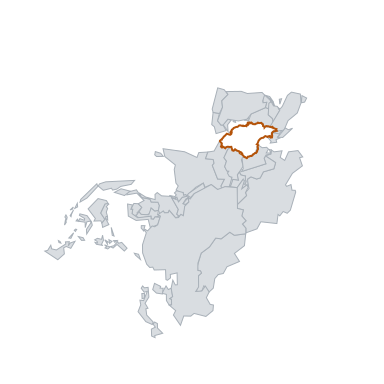 Iran highlighted on a map of Asia, rotated 124°
{"feature_id": "IRN", "entity_name": "Iran", "entity_type": "country or territory", "adm_level": 0, "iso_a3": "IRN", "parent_name": "Asia", "parent_adm1": "", "projection": "mercator", "projection_center": [53.162, 32.435], "detail": "medium", "context": "in_parent", "style": "outline", "palette": "amber", "viewbox_px": 384, "rotation_deg": 124, "n_neighbors": 45, "source": "natural_earth", "source_scale": "50m", "svg_char_len": 14485}
<svg xmlns="http://www.w3.org/2000/svg" viewBox="0 0 384 384"><g transform="rotate(124 192 192)"><path d="M195.6,124.4L191.9,127.1L190.4,132.3L185.7,131.1L184.0,137.3L178.1,139.4L180.2,145.1L178.8,147.8L164.4,144.8L162.7,147.3L157.2,146.7L151.1,153.2L146.5,151.6L145.1,145.7L142.2,143.3L135.4,144.1L127.0,137.1L120.9,139.1L121.0,151.2L116.5,147.9L112.8,149.6L112.8,146.4L107.5,140.4L114.0,138.2L114.0,132.8L104.7,134.4L98.4,127.3L101.0,119.8L103.4,122.0L108.6,115.1L120.4,119.2L133.8,118.5L134.4,116.7L130.5,114.1L134.6,110.1L132.9,107.4L134.0,106.0L152.1,100.3L156.4,101.2L157.2,105.5L162.7,105.9L162.5,108.1L170.7,104.0L178.2,118.3L186.2,117.5L195.6,124.4Z" fill="#d9dde1" stroke="#a8b0b8" stroke-width="1"/><path d="M121.0,151.2L120.9,139.1L127.0,137.1L135.4,144.1L142.2,143.3L145.1,145.7L146.5,151.6L150.2,153.2L156.6,148.1L155.4,150.5L161.6,152.5L158.6,154.8L155.8,154.6L155.9,152.3L152.8,153.0L150.9,156.7L148.9,156.6L150.5,160.9L149.2,163.9L127.3,146.5L123.7,151.1L121.0,151.2Z" fill="#d9dde1" stroke="#a8b0b8" stroke-width="1"/><path d="M323.2,265.4L323.3,281.0L321.1,279.0L315.1,279.3L317.6,276.6L315.9,272.0L305.7,267.6L304.1,269.0L301.8,265.9L305.8,264.5L302.3,264.4L298.3,261.4L306.5,261.0L307.5,265.8L310.0,267.2L314.7,263.2L323.2,265.4ZM285.1,280.4L283.8,283.4L281.5,283.7L282.7,281.4L285.1,280.4ZM307.0,275.6L306.8,273.8L307.7,272.1L308.3,274.0L307.0,275.6ZM268.2,249.3L266.9,251.5L270.9,257.0L268.0,257.3L264.1,268.7L250.0,266.2L247.0,258.2L248.7,254.4L250.7,257.3L258.5,256.3L260.5,255.8L263.4,248.9L268.2,249.3ZM292.0,267.3L298.1,266.5L299.0,268.4L292.0,267.3ZM289.6,268.2L287.9,267.8L287.5,266.7L289.9,266.6L289.6,268.2ZM292.1,254.0L293.9,256.5L292.5,261.3L290.8,256.8L292.1,254.0ZM275.3,256.1L285.7,255.8L282.0,258.6L273.7,258.6L273.3,260.4L275.5,262.5L281.2,260.6L276.8,263.7L280.8,271.9L278.6,271.8L279.7,269.8L276.8,270.1L275.6,265.4L274.0,266.2L274.3,272.3L272.8,272.7L270.3,265.8L272.8,258.8L275.3,256.1ZM275.1,283.0L270.8,282.0L273.0,281.5L275.1,283.0ZM273.1,280.2L278.0,279.4L280.1,278.5L279.8,279.8L273.1,280.2ZM268.3,278.5L271.2,280.0L265.5,280.8L268.3,278.5ZM240.1,273.2L255.7,275.7L263.0,279.2L260.3,280.1L238.4,275.5L240.1,273.2ZM233.9,260.9L240.2,266.5L239.5,273.1L236.9,273.2L231.8,269.2L214.5,246.1L219.7,246.7L227.2,254.2L231.6,255.9L234.8,258.9L233.9,260.9Z" fill="#d9dde1" stroke="#a8b0b8" stroke-width="1"/><path d="M285.3,281.6L287.4,279.3L290.7,279.2L285.3,281.6Z" fill="#d9dde1" stroke="#a8b0b8" stroke-width="1"/><path d="M73.1,175.2L71.1,179.2L71.0,185.7L69.4,181.0L71.4,175.8L73.1,175.2Z" fill="#d9dde1" stroke="#a8b0b8" stroke-width="1"/><path d="M75.0,172.6L71.4,175.7L74.6,171.4L75.0,172.6Z" fill="#d9dde1" stroke="#a8b0b8" stroke-width="1"/><path d="M72.4,177.7L71.0,180.6L71.6,177.3L72.4,177.7Z" fill="#d9dde1" stroke="#a8b0b8" stroke-width="1"/><path d="M72.4,177.7L80.2,174.9L81.1,178.4L75.9,180.2L78.3,183.0L73.7,186.5L71.0,185.7L72.4,177.7Z" fill="#d9dde1" stroke="#a8b0b8" stroke-width="1"/><path d="M110.6,199.7L116.3,200.1L121.7,195.9L118.7,204.3L111.6,203.0L110.6,199.7Z" fill="#d9dde1" stroke="#a8b0b8" stroke-width="1"/><path d="M108.7,198.4L108.6,196.5L109.9,194.8L110.6,197.2L108.7,198.4Z" fill="#d9dde1" stroke="#a8b0b8" stroke-width="1"/><path d="M100.4,184.2L103.0,188.3L98.7,186.8L100.4,184.2Z" fill="#d9dde1" stroke="#a8b0b8" stroke-width="1"/><path d="M81.1,178.4L80.2,174.9L85.4,171.9L86.1,166.3L89.6,163.2L94.4,163.9L97.5,168.3L95.9,173.2L100.5,177.5L103.4,184.6L94.2,186.6L81.1,178.4Z" fill="#d9dde1" stroke="#a8b0b8" stroke-width="1"/><path d="M119.2,203.7L122.0,198.0L130.1,204.7L125.4,210.0L125.1,213.3L114.2,219.0L111.6,213.2L118.7,210.6L120.3,205.5L119.2,203.7ZM122.2,194.3L121.2,195.0L121.9,194.1L122.2,194.3Z" fill="#d9dde1" stroke="#a8b0b8" stroke-width="1"/><path d="M231.8,230.0L232.8,225.0L240.1,225.9L241.1,224.2L243.8,226.7L243.5,229.6L239.5,231.5L240.6,233.0L234.0,233.8L231.8,230.0Z" fill="#d9dde1" stroke="#a8b0b8" stroke-width="1"/><path d="M238.1,224.9L232.8,225.0L231.8,230.0L225.9,227.0L223.8,237.1L230.8,244.4L228.4,245.6L221.3,239.3L224.7,230.7L221.4,222.8L223.1,220.2L219.5,214.5L221.5,211.4L226.0,209.6L228.7,212.0L228.2,216.9L233.3,214.9L236.9,217.1L239.0,221.7L238.1,224.9Z" fill="#d9dde1" stroke="#a8b0b8" stroke-width="1"/><path d="M243.2,225.1L238.1,224.9L239.0,221.7L235.1,215.1L228.2,216.9L228.7,212.0L226.0,209.6L230.0,207.7L229.6,204.7L233.3,208.7L236.2,208.7L237.2,210.9L235.0,212.5L243.1,220.9L243.2,225.1Z" fill="#d9dde1" stroke="#a8b0b8" stroke-width="1"/><path d="M226.0,209.6L221.5,211.4L219.5,214.5L223.1,220.2L221.4,222.8L224.7,230.7L222.3,235.4L222.1,227.7L218.9,218.3L214.7,221.3L211.9,220.5L212.2,215.1L207.4,206.9L214.1,193.6L218.9,192.2L219.3,189.1L222.6,191.1L220.0,200.6L222.5,200.2L224.6,203.1L223.9,205.2L228.4,205.9L226.0,209.6Z" fill="#d9dde1" stroke="#a8b0b8" stroke-width="1"/><path d="M236.0,234.1L240.6,233.0L239.5,231.5L243.5,229.6L243.7,222.6L235.0,212.5L237.2,210.9L236.2,208.7L233.3,208.7L230.9,204.3L238.4,202.1L244.8,206.7L239.2,213.0L246.8,222.4L247.6,231.3L238.0,238.7L236.0,234.1Z" fill="#d9dde1" stroke="#a8b0b8" stroke-width="1"/><path d="M298.5,147.7L296.3,152.5L291.2,156.0L292.8,160.3L284.4,161.0L286.1,157.1L283.4,155.5L285.3,153.5L289.6,149.5L292.8,150.7L292.4,149.0L297.0,145.8L298.5,147.7Z" fill="#d9dde1" stroke="#a8b0b8" stroke-width="1"/><path d="M287.9,162.1L293.1,159.5L295.7,165.0L294.9,170.0L288.7,172.0L287.8,165.2L289.6,164.7L287.9,162.1Z" fill="#d9dde1" stroke="#a8b0b8" stroke-width="1"/><path d="M196.6,124.1L207.2,118.5L219.2,122.5L223.0,113.8L234.4,121.2L242.1,120.5L245.8,124.1L251.0,124.7L259.8,120.6L265.3,121.9L263.1,129.7L268.6,128.5L272.7,132.1L257.7,139.8L253.9,138.8L252.7,140.9L253.8,143.3L250.4,146.1L237.5,150.2L227.7,146.8L217.0,146.6L214.5,141.6L204.2,138.2L204.2,132.7L196.6,124.1Z" fill="#d9dde1" stroke="#a8b0b8" stroke-width="1"/><path d="M219.3,189.1L218.9,192.2L214.1,193.6L208.3,205.4L207.0,201.3L206.0,203.0L204.7,201.7L207.6,197.8L201.7,197.1L198.5,193.9L197.7,195.7L199.4,197.1L197.4,199.1L198.8,199.8L199.3,206.3L194.7,206.8L193.6,210.3L183.3,219.3L178.9,220.9L177.8,234.4L172.3,240.2L162.8,220.7L160.6,207.2L155.5,208.4L150.0,201.2L156.8,199.4L153.2,192.6L155.8,189.8L158.6,190.0L166.9,178.0L163.3,172.2L170.7,171.3L173.0,168.8L175.6,172.2L175.1,180.2L180.8,183.8L178.3,187.6L186.0,191.5L197.3,194.0L198.9,189.6L199.1,192.2L201.3,193.2L206.7,192.9L205.9,190.4L216.5,185.9L216.8,188.7L219.3,189.1Z" fill="#d9dde1" stroke="#a8b0b8" stroke-width="1"/><path d="M207.0,201.3L207.5,208.9L205.3,203.6L203.1,203.5L202.6,206.0L199.6,205.4L197.4,199.1L199.4,197.1L197.7,195.7L198.5,193.9L201.7,197.1L207.6,197.8L204.7,201.7L206.0,203.0L207.0,201.3Z" fill="#d9dde1" stroke="#a8b0b8" stroke-width="1"/><path d="M205.9,190.4L206.7,192.9L199.1,192.2L202.0,189.0L205.9,190.4Z" fill="#d9dde1" stroke="#a8b0b8" stroke-width="1"/><path d="M197.4,190.1L197.3,194.0L195.3,194.1L178.3,187.6L181.8,183.2L192.0,189.2L197.4,190.1Z" fill="#d9dde1" stroke="#a8b0b8" stroke-width="1"/><path d="M173.0,168.8L170.7,171.3L163.3,172.2L166.9,178.0L158.6,190.0L155.8,189.8L153.2,192.6L156.8,199.4L150.0,201.2L145.7,196.6L134.1,197.6L135.0,194.5L138.5,193.1L132.7,184.8L136.6,186.2L145.7,184.7L147.1,180.7L152.7,179.1L158.8,165.8L166.6,164.0L169.1,167.6L173.0,168.8Z" fill="#d9dde1" stroke="#a8b0b8" stroke-width="1"/><path d="M141.9,164.0L152.5,163.9L156.3,159.9L158.7,165.1L162.1,162.9L166.6,164.0L157.4,167.1L158.2,169.8L156.5,173.2L154.2,173.1L155.1,175.0L152.7,179.1L147.1,180.7L145.7,184.7L136.6,186.2L132.7,184.8L134.8,182.3L131.9,176.0L133.5,168.4L137.7,169.1L141.9,164.0Z" fill="#d9dde1" stroke="#a8b0b8" stroke-width="1"/><path d="M149.2,163.9L150.5,160.9L148.9,156.6L155.9,152.3L156.8,154.5L153.1,156.7L163.1,157.0L166.2,163.1L158.7,165.1L156.3,159.9L152.5,163.9L149.2,163.9Z" fill="#d9dde1" stroke="#a8b0b8" stroke-width="1"/><path d="M156.6,148.1L162.7,147.3L164.4,144.8L178.8,147.8L163.1,157.0L153.1,156.7L153.3,154.9L161.6,152.5L155.4,150.5L156.6,148.1Z" fill="#d9dde1" stroke="#a8b0b8" stroke-width="1"/><path d="M112.8,149.6L116.5,147.9L119.8,151.3L123.7,151.1L127.3,146.5L146.1,161.4L146.1,163.3L144.2,162.4L135.9,169.5L133.5,168.4L133.3,165.9L124.2,161.3L116.1,163.8L116.0,158.5L113.2,155.1L113.7,152.5L118.1,152.3L115.7,148.6L113.5,151.7L112.8,149.6Z" fill="#d9dde1" stroke="#a8b0b8" stroke-width="1"/><path d="M72.9,176.8L75.0,172.6L73.3,169.1L75.3,164.9L88.6,163.7L86.1,166.3L85.4,171.9L75.5,177.9L72.9,176.8Z" fill="#d9dde1" stroke="#a8b0b8" stroke-width="1"/><path d="M98.5,159.0L91.7,154.5L91.6,151.8L96.3,152.7L98.5,159.0Z" fill="#d9dde1" stroke="#a8b0b8" stroke-width="1"/><path d="M94.4,163.9L75.3,164.9L73.9,167.9L73.9,165.4L70.5,165.0L58.5,166.9L53.6,165.4L50.2,156.9L57.4,151.4L67.6,148.9L79.1,152.3L89.3,150.3L94.4,156.1L92.8,157.0L94.4,163.9ZM50.0,149.5L54.5,148.9L56.9,151.2L50.6,154.8L50.0,149.5Z" fill="#d9dde1" stroke="#a8b0b8" stroke-width="1"/><path d="M182.4,241.2L182.0,243.7L179.0,245.0L177.4,239.6L178.5,235.7L182.4,241.2Z" fill="#d9dde1" stroke="#a8b0b8" stroke-width="1"/><path d="M248.2,215.2L246.2,212.2L251.3,210.4L250.3,214.0L248.2,215.2ZM163.1,157.0L180.2,145.1L178.1,139.4L184.0,137.3L185.7,131.1L190.4,132.3L191.9,127.1L196.6,124.1L204.2,132.7L204.2,138.2L214.5,141.6L217.0,146.6L227.7,146.8L237.5,150.2L247.7,147.3L253.8,143.3L252.7,140.9L253.9,138.8L257.7,139.8L267.1,133.4L272.4,133.3L268.6,128.5L262.5,128.3L265.3,121.9L271.6,121.0L275.0,114.1L273.7,111.0L278.6,108.3L287.4,110.9L291.5,122.4L295.6,123.6L299.4,129.5L309.0,127.0L304.4,138.6L299.5,139.2L298.5,147.7L297.0,145.8L292.4,149.0L292.8,150.7L289.6,149.5L283.4,155.5L275.8,158.6L278.4,153.9L277.1,152.3L267.4,159.1L272.5,163.9L275.2,161.8L278.9,163.0L279.2,164.6L271.2,170.5L277.8,179.7L276.2,182.5L278.2,184.8L277.2,189.2L270.1,198.9L263.5,203.5L251.3,207.1L250.5,209.8L249.2,209.9L249.1,207.1L242.4,206.0L241.7,203.5L238.4,202.1L229.6,204.7L230.0,207.7L223.9,205.2L224.6,203.1L222.5,200.2L220.0,200.6L222.6,191.1L220.7,188.9L216.8,188.7L216.5,185.9L207.9,190.1L202.0,189.0L199.1,191.7L198.9,189.6L192.0,189.2L175.1,180.2L175.6,172.2L169.1,167.6L163.1,157.0Z" fill="#d9dde1" stroke="#a8b0b8" stroke-width="1"/><path d="M276.8,197.0L276.0,203.5L275.0,205.6L273.5,201.5L276.8,197.0Z" fill="#d9dde1" stroke="#a8b0b8" stroke-width="1"/><path d="M98.3,149.4L101.6,151.6L103.4,149.6L107.7,154.5L105.8,154.7L104.2,160.4L102.2,156.5L98.5,159.0L96.4,155.6L94.9,151.3L98.5,151.9L98.3,149.4ZM97.6,159.1L96.0,158.7L94.4,156.1L96.7,156.9L97.6,159.1Z" fill="#d9dde1" stroke="#a8b0b8" stroke-width="1"/><path d="M82.9,144.3L96.0,147.3L98.8,151.6L86.7,150.4L86.5,146.9L82.9,144.3Z" fill="#d9dde1" stroke="#a8b0b8" stroke-width="1"/><path d="M276.2,229.9L274.0,226.9L276.9,227.8L276.2,229.9ZM280.4,237.6L280.3,233.2L281.2,234.6L282.9,232.3L280.4,237.6ZM286.1,235.9L288.8,242.0L288.0,244.2L287.1,241.8L286.0,243.0L286.1,245.9L283.3,244.5L281.8,240.5L277.8,242.0L281.5,238.4L286.3,237.7L286.1,235.9ZM272.5,233.9L266.5,239.2L272.1,232.0L272.5,233.9ZM278.8,215.1L277.4,224.8L282.6,226.1L282.9,229.1L280.2,226.7L274.7,225.9L275.6,224.3L273.1,222.1L274.9,214.4L278.8,215.1ZM278.0,234.2L277.7,230.7L280.7,231.5L278.0,234.2ZM286.3,230.0L287.0,232.8L285.2,232.1L284.7,235.0L283.4,229.1L286.3,230.0Z" fill="#d9dde1" stroke="#a8b0b8" stroke-width="1"/><path d="M225.9,243.8L232.7,246.0L235.7,256.1L229.0,252.6L225.9,243.8ZM268.2,249.3L263.4,248.9L260.5,255.8L250.7,257.3L249.1,256.0L248.7,254.4L252.2,254.8L252.7,252.8L256.6,251.8L259.5,248.4L262.2,248.9L265.5,242.7L271.3,246.3L268.2,249.3Z" fill="#d9dde1" stroke="#a8b0b8" stroke-width="1"/><path d="M262.4,246.2L262.2,248.9L260.5,249.6L259.5,248.4L262.4,246.2Z" fill="#d9dde1" stroke="#a8b0b8" stroke-width="1"/><path d="M325.3,157.8L321.4,169.8L314.2,171.4L310.8,174.7L309.1,171.4L299.4,173.5L301.8,175.6L300.2,180.3L297.5,180.4L298.1,177.9L295.6,175.1L303.2,169.0L310.5,168.7L313.0,163.5L314.6,164.9L319.4,160.7L321.5,151.5L324.1,150.9L325.3,157.8ZM331.8,142.6L333.4,141.2L334.0,144.9L328.4,149.0L324.6,146.8L323.3,150.3L320.7,150.3L320.4,147.1L324.1,144.5L325.5,137.3L331.8,142.6ZM302.7,174.7L306.3,172.1L308.4,173.7L304.2,176.8L302.7,174.7Z" fill="#d9dde1" stroke="#a8b0b8" stroke-width="1"/><path d="M111.6,213.2L114.2,219.0L112.0,221.6L91.3,228.9L89.2,222.6L91.1,216.7L99.7,218.3L104.7,214.1L111.6,213.2Z" fill="#d9dde1" stroke="#a8b0b8" stroke-width="1"/><path d="M71.0,186.1L77.1,184.3L78.3,183.0L75.9,180.2L81.1,178.4L94.2,186.6L100.8,187.1L107.2,193.3L111.6,203.0L119.2,203.7L120.3,205.5L118.7,210.6L104.7,214.1L99.7,218.3L91.1,216.7L89.6,219.8L81.0,207.4L79.4,201.2L70.3,189.6L71.0,186.1Z" fill="#d9dde1" stroke="#a8b0b8" stroke-width="1"/><path d="M70.1,168.3L66.3,171.5L64.6,169.9L70.1,168.3Z" fill="#d9dde1" stroke="#a8b0b8" stroke-width="1"/><path d="M116.1,163.3L118.0,163.0L118.5,162.0L119.6,161.2L121.7,161.1L122.1,160.6L123.9,160.7L124.3,161.5L125.8,161.9L126.5,162.4L127.8,162.3L128.9,162.8L129.3,163.6L130.7,164.5L131.4,165.4L133.2,165.4L133.4,165.6L133.3,167.4L133.6,167.7L133.6,168.8L133.2,169.5L133.2,170.7L132.3,171.6L132.7,172.2L132.1,172.3L131.7,172.9L131.7,174.0L131.9,174.3L132.8,174.5L131.9,175.6L132.6,178.1L132.5,180.2L134.5,180.5L134.9,181.8L132.6,184.7L133.7,186.1L134.4,187.6L135.1,188.3L136.2,188.7L136.7,189.2L137.1,189.1L137.1,191.8L138.1,191.8L138.4,192.1L138.1,193.4L136.4,193.6L135.9,194.2L135.0,194.5L134.4,197.2L133.9,197.5L132.2,197.0L131.8,196.6L131.5,196.9L129.3,196.5L128.3,196.7L127.7,196.3L124.2,195.7L123.4,192.7L123.0,192.2L121.9,191.9L120.2,192.5L119.7,193.1L118.1,193.8L116.9,193.3L115.6,193.2L113.2,191.6L112.7,190.8L111.6,190.3L110.6,190.2L109.8,189.4L109.3,187.8L108.9,187.4L108.9,186.9L108.4,186.7L108.4,185.9L107.2,184.6L107.0,183.8L105.8,184.3L104.4,183.3L104.9,183.3L105.0,183.1L104.4,183.0L104.1,184.2L103.4,184.5L103.1,184.2L102.8,183.6L102.1,183.1L102.1,181.6L101.3,181.6L101.3,180.5L101.6,179.4L100.6,177.6L100.0,177.5L98.2,176.2L97.6,176.1L97.6,175.3L97.3,174.8L95.9,173.2L96.2,172.5L96.0,171.9L96.1,171.5L96.4,171.5L96.5,170.8L97.6,169.9L97.3,168.5L97.9,168.0L96.8,167.9L95.8,167.3L95.5,166.3L95.0,165.9L94.4,164.0L94.4,163.5L93.9,163.1L93.9,162.2L93.0,161.7L93.6,160.4L93.3,160.2L93.2,158.8L92.6,157.2L93.5,157.0L93.9,156.0L96.1,158.3L97.7,158.7L98.6,158.6L100.5,157.0L102.0,156.2L102.8,157.1L102.3,157.6L102.7,158.3L102.0,158.8L103.5,160.1L104.1,160.1L104.6,162.4L105.3,162.8L107.1,163.2L108.1,164.3L109.5,165.1L112.0,165.5L115.8,164.6L116.1,164.6L115.6,164.8L116.2,164.9L116.1,163.3ZM121.7,192.6L121.0,193.3L119.7,193.6L119.4,193.4L120.5,193.0L120.5,192.6L121.7,192.6Z" fill="none" stroke="#b45309" stroke-width="2"/></g></svg>